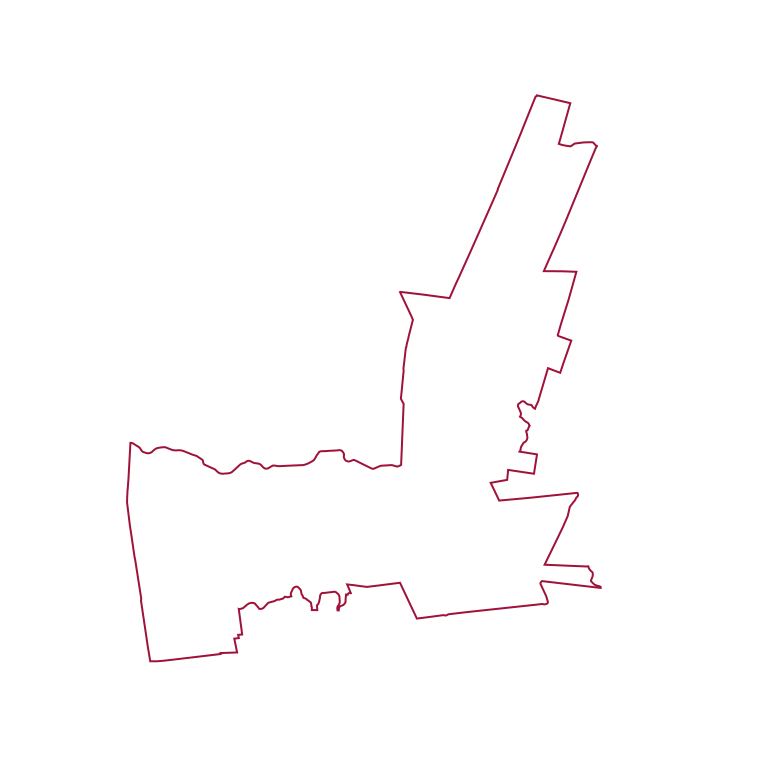 outline of Ciresu, Braila, Romania, rotated 188°
{"feature_id": "2599482B19299751639554", "entity_name": "Ciresu", "entity_type": "district", "adm_level": 2, "iso_a3": "ROU", "parent_name": "Romania", "parent_adm1": "Braila", "projection": "robinson", "projection_center": [27.398, 44.954], "detail": "fine", "context": "isolated", "style": "outline", "palette": "rose", "viewbox_px": 768, "rotation_deg": 188, "n_neighbors": 0, "source": "geoboundaries", "source_scale": "gbopen_adm2", "svg_char_len": 6121}
<svg xmlns="http://www.w3.org/2000/svg" viewBox="0 0 768 768"><g transform="rotate(188 384 384)"><path d="M272.6,691.1L272.6,690.9L272.7,690.5L273.0,690.2L273.4,689.9L273.9,689.8L282.2,656.3L283.2,652.1L286.6,638.7L291.0,621.7L298.5,592.7L298.3,592.2L304.8,569.1L309.1,554.0L316.8,527.0L324.4,501.0L327.0,492.5L331.0,478.2L340.7,478.1L356.7,478.0L380.3,477.5L380.9,477.2L380.1,476.0L370.0,460.6L365.6,453.8L364.3,451.6L366.1,435.5L366.3,432.6L366.7,429.4L367.0,426.4L367.1,423.4L367.4,422.8L367.0,407.3L366.9,402.0L366.4,400.1L365.2,371.7L361.8,367.1L355.8,306.3L356.7,305.5L357.8,304.8L359.4,304.1L360.1,304.1L364.9,304.8L375.4,302.7L376.5,302.2L380.1,300.1L381.9,298.9L382.8,298.5L383.8,298.5L384.8,298.7L392.5,301.2L399.9,303.7L402.8,304.6L403.7,304.5L404.5,304.2L406.6,302.9L407.8,302.4L409.0,302.3L410.3,302.6L411.3,302.9L412.2,303.7L412.8,304.5L413.3,305.3L413.7,306.4L413.7,307.9L413.8,308.8L414.2,309.6L415.1,310.8L416.5,312.0L417.5,312.3L419.1,312.3L421.2,311.7L426.2,310.7L429.1,310.2L431.5,309.6L436.7,308.7L438.1,308.2L439.0,307.5L439.4,306.2L440.7,304.0L441.9,300.8L442.9,298.8L444.7,297.2L448.3,294.6L451.3,293.0L453.0,292.4L467.8,289.7L476.0,288.1L478.0,287.9L480.6,288.0L482.6,287.8L483.9,286.9L487.0,284.4L487.8,284.0L488.7,283.8L489.7,283.7L490.4,283.8L492.1,284.7L494.7,286.9L495.7,287.3L497.1,287.7L500.8,287.7L502.1,287.8L503.8,288.3L505.5,288.9L506.6,289.2L507.9,289.0L509.0,288.5L510.3,287.2L511.4,286.4L513.5,285.5L515.0,284.5L519.8,278.6L522.6,275.4L524.0,274.5L526.4,273.7L529.5,273.1L531.5,272.6L534.1,272.7L534.9,272.9L535.8,273.3L539.5,275.9L550.6,279.2L551.3,279.7L551.9,280.6L552.7,282.9L553.2,283.6L559.6,286.7L563.5,287.3L572.7,289.6L575.2,290.0L577.9,289.9L580.7,289.3L582.9,289.1L584.9,289.3L591.6,290.9L592.7,290.9L595.8,290.2L598.1,289.5L599.7,288.9L601.1,288.1L602.8,286.3L604.4,284.4L605.8,283.3L607.9,282.5L609.1,282.5L611.8,282.9L613.4,283.3L614.5,284.0L616.0,285.7L617.5,287.2L624.7,290.4L626.3,290.5L626.9,290.4L623.9,255.2L623.2,244.7L623.2,243.1L622.6,236.6L622.0,231.1L616.0,208.7L613.7,201.1L606.8,177.5L606.1,175.8L594.5,137.6L594.5,135.7L580.5,88.2L580.4,88.1L576.9,76.9L569.8,77.9L563.7,79.3L563.2,79.4L508.2,93.9L508.5,94.8L492.1,97.7L496.8,111.0L492.4,112.2L493.5,115.3L489.6,116.2L496.5,141.0L496.0,140.9L492.5,142.3L488.9,146.4L488.0,147.2L487.0,148.0L484.9,148.8L483.5,149.0L482.4,148.9L481.4,148.7L477.5,145.3L476.5,144.2L476.2,144.0L474.7,144.1L473.2,144.7L472.1,145.6L471.2,146.9L469.1,149.9L468.4,150.9L467.9,151.3L466.9,151.8L463.8,153.1L462.1,153.9L461.1,154.6L460.4,155.2L459.8,155.5L458.7,155.8L457.5,155.9L456.9,156.2L456.3,156.6L454.4,157.3L453.4,158.4L452.7,159.5L451.2,159.5L449.6,159.4L446.2,160.8L447.0,162.5L447.1,163.7L446.9,164.6L445.6,168.9L445.4,169.1L445.2,169.4L444.4,170.3L443.4,170.9L442.7,171.1L441.3,171.2L438.8,169.3L438.0,168.6L437.5,167.8L437.1,166.6L436.4,164.6L436.1,164.0L435.4,163.5L434.9,162.6L434.4,161.5L434.2,161.3L433.6,160.9L433.3,160.8L432.3,160.8L430.8,160.2L430.1,159.6L429.8,159.4L429.4,159.3L426.6,157.8L425.8,157.1L425.1,154.7L425.1,153.9L424.7,153.6L424.6,153.4L424.3,152.3L424.0,150.1L418.6,150.8L419.6,155.5L419.2,156.0L418.8,156.5L418.5,157.1L418.3,157.5L417.9,160.2L417.8,161.7L417.7,163.5L417.8,165.1L417.7,165.6L417.5,166.8L417.0,167.5L416.6,168.1L416.4,168.3L415.9,168.5L413.9,168.8L410.2,169.8L407.5,170.5L404.3,171.4L403.6,171.4L402.9,171.3L400.9,170.1L400.2,169.7L399.6,169.1L399.1,168.3L398.6,167.4L397.7,163.2L397.5,162.2L397.5,160.8L398.3,158.5L398.9,157.4L399.0,156.9L399.1,155.5L398.5,153.4L397.3,153.5L397.4,155.1L397.4,156.5L396.2,158.0L393.6,159.4L392.7,160.6L392.3,161.2L391.9,162.3L391.8,162.7L391.8,163.6L392.0,164.5L392.1,166.3L392.3,170.2L390.6,170.3L390.6,171.1L390.4,171.4L390.1,171.7L389.7,172.0L389.1,172.2L388.5,172.3L387.9,172.1L387.7,172.2L392.6,180.4L385.4,180.6L378.2,180.6L372.6,180.7L362.5,183.4L340.5,189.4L318.8,156.3L305.9,159.8L293.0,163.4L291.0,163.3L289.9,163.6L289.1,164.3L287.9,165.0L269.2,169.9L200.8,187.1L197.1,188.1L196.2,188.2L194.8,188.0L194.2,188.1L193.0,188.6L191.9,189.2L191.5,189.7L191.3,190.8L193.7,196.2L201.3,208.0L201.2,209.2L200.2,210.8L141.1,212.2L141.2,213.2L142.4,213.7L144.1,213.8L146.5,214.3L147.7,214.6L150.8,216.9L151.5,217.5L151.7,218.3L150.7,222.3L150.7,224.7L151.3,226.5L153.4,227.9L154.5,228.9L155.7,230.4L156.3,231.9L157.9,231.5L173.0,230.0L199.8,227.4L199.6,228.0L190.5,256.1L186.4,268.9L186.4,269.2L183.7,278.7L182.9,288.1L182.5,289.0L179.9,293.5L178.5,295.7L178.0,297.6L177.6,298.4L176.9,299.2L176.5,300.0L176.3,300.8L176.4,301.5L176.8,302.4L177.2,303.0L177.5,303.1L223.4,291.7L253.7,284.6L264.6,301.0L248.7,306.2L249.1,316.2L223.0,316.0L222.7,335.6L240.4,335.9L239.7,337.5L239.6,340.2L239.4,341.1L237.6,345.3L236.2,346.3L235.7,346.8L235.0,348.1L234.6,349.7L234.5,350.6L234.6,350.9L234.6,351.3L235.1,352.7L235.2,353.1L235.2,353.5L235.3,354.0L235.9,355.2L236.5,356.5L236.6,357.0L236.6,357.6L236.2,357.7L235.8,357.9L235.5,358.1L235.2,358.8L234.5,362.0L234.4,362.5L234.0,363.0L234.5,363.4L234.8,364.2L235.2,364.7L235.8,365.3L236.2,365.6L237.4,366.1L238.5,366.5L239.0,366.8L240.4,367.7L241.9,369.0L242.1,369.3L242.5,369.5L244.1,370.2L244.8,370.5L244.4,371.5L244.2,373.1L244.2,373.6L244.4,374.2L244.6,374.7L245.5,376.2L247.2,378.9L248.2,380.5L248.4,381.1L248.3,382.1L248.3,382.5L247.9,383.1L247.0,383.8L246.1,385.0L245.4,385.7L244.8,386.0L244.3,386.2L243.6,386.3L243.0,386.2L242.7,386.1L240.6,384.7L239.9,384.3L239.1,384.0L238.5,383.8L237.9,383.8L235.5,383.7L234.8,383.5L234.4,383.1L233.9,382.3L233.4,381.8L231.6,380.7L231.0,380.5L230.5,383.1L228.8,388.5L228.6,389.9L228.6,390.5L226.4,405.1L223.8,422.5L211.1,419.6L210.5,422.7L208.9,431.4L207.7,437.3L204.6,453.0L218.0,455.8L218.4,456.1L218.7,456.4L218.8,456.6L218.4,458.7L217.3,466.6L217.3,466.8L213.0,492.9L209.1,521.9L223.4,520.4L241.4,518.0L237.5,531.9L233.8,544.7L230.0,558.5L226.3,572.4L210.0,636.2L207.0,647.6L206.2,649.1L206.2,649.3L206.6,649.5L207.3,649.6L210.4,652.2L211.4,652.3L212.2,652.3L216.0,651.7L220.4,650.9L228.7,648.6L231.8,645.7L232.2,645.4L232.5,645.3L237.6,645.3L241.4,645.6L244.3,646.1L243.4,652.3L238.6,688.0L272.6,691.1Z" fill="none" stroke="#9f1239" stroke-width="2"/></g></svg>